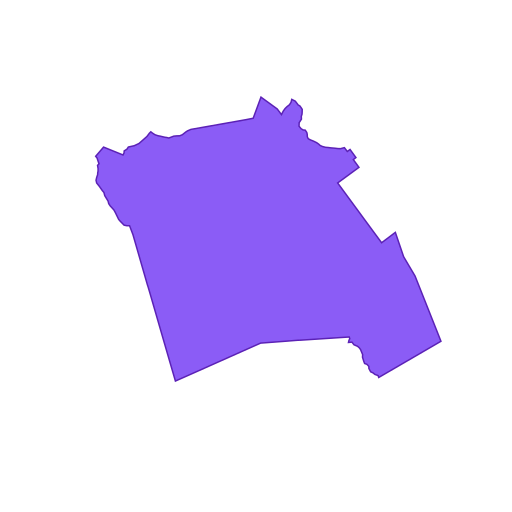 the district of Mossoró, Rio Grande do Norte, Brazil, rotated 324°
{"feature_id": "56859067B95592626644190", "entity_name": "Mossoró", "entity_type": "district", "adm_level": 2, "iso_a3": "BRA", "parent_name": "Brazil", "parent_adm1": "Rio Grande do Norte", "projection": "orthographic", "projection_center": [-37.301, -5.186], "detail": "fine", "context": "isolated", "style": "filled", "palette": "violet", "viewbox_px": 512, "rotation_deg": 324, "n_neighbors": 0, "source": "geoboundaries", "source_scale": "gbopen_adm2", "svg_char_len": 1898}
<svg xmlns="http://www.w3.org/2000/svg" viewBox="0 0 512 512"><g transform="rotate(324 256 256)"><path d="M184.9,81.1L185.0,83.4L183.9,86.7L183.2,89.1L181.1,89.5L179.6,92.5L178.1,94.5L176.8,95.7L175.7,97.1L173.4,98.7L171.1,100.7L170.0,103.3L170.2,107.6L170.1,112.7L170.3,115.2L169.1,118.3L168.6,124.6L167.6,127.1L167.5,129.8L168.1,135.2L167.7,138.4L166.4,145.7L166.6,148.1L167.4,153.5L169.2,155.5L171.5,157.2L169.0,166.4L151.2,215.5L150.6,217.4L148.0,224.7L129.5,275.9L117.3,309.8L137.4,314.1L186.5,324.5L208.6,329.2L210.0,330.1L213.9,332.5L228.8,341.7L240.4,348.8L242.6,350.3L283.8,376.3L283.3,378.0L281.6,378.9L280.0,380.3L283.0,382.1L283.1,385.4L285.1,388.8L285.6,391.0L285.6,393.1L284.3,398.5L282.7,400.4L281.3,404.5L280.7,406.8L282.1,408.9L282.4,411.6L281.2,413.4L280.7,417.1L281.9,419.2L282.6,421.7L284.5,424.5L283.9,426.4L355.5,433.7L357.9,424.4L372.9,365.7L375.0,343.4L382.6,318.8L365.4,319.1L365.2,287.8L365.2,284.3L365.1,266.8L365.0,244.9L391.4,244.8L391.4,235.2L394.7,235.1L394.7,225.1L391.3,225.1L391.2,220.3L387.4,218.8L385.5,217.3L383.0,215.0L380.1,212.5L378.1,210.6L376.1,208.9L374.0,206.3L372.8,204.1L372.5,202.4L371.7,200.0L370.0,196.8L368.3,194.1L367.2,191.8L367.6,189.7L369.0,187.6L369.7,185.9L369.8,183.1L368.2,181.7L367.3,179.5L367.1,176.3L369.3,173.5L373.2,172.0L374.7,169.7L376.6,168.3L378.0,166.6L379.6,164.5L379.7,162.3L379.7,160.3L378.9,158.7L378.8,153.8L377.0,150.3L374.6,152.3L371.9,153.3L368.9,153.4L366.2,153.8L363.2,154.8L361.4,155.7L359.7,156.6L359.6,149.5L353.4,130.4L334.7,142.9L327.8,139.7L277.7,115.3L274.1,114.5L272.2,114.4L267.7,114.6L264.9,113.9L262.6,112.3L259.9,110.7L254.8,109.3L253.4,107.6L252.1,106.4L249.0,102.8L247.4,101.1L245.6,98.6L244.5,95.8L243.9,93.7L241.9,94.0L238.0,95.2L227.5,96.2L224.4,95.6L222.3,95.2L216.8,92.8L214.4,93.7L211.1,93.5L209.9,95.0L207.8,96.1L196.7,78.3L184.9,81.1Z" fill="#8b5cf6" stroke="#5b21b6" stroke-width="1.5"/></g></svg>